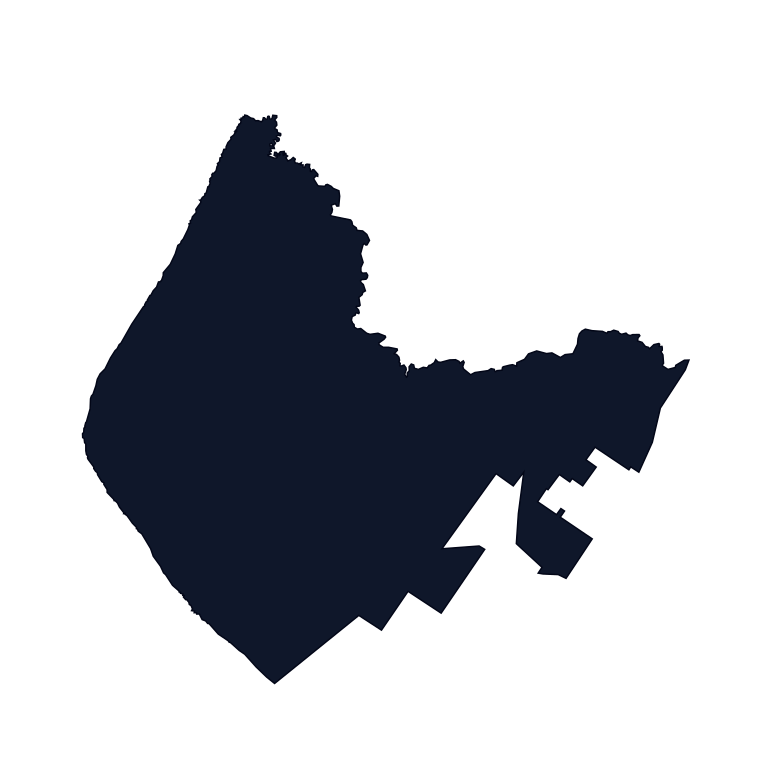 Punta Indio, Buenos Aires, Argentina (Robinson projection), rotated 173°
{"feature_id": "61730980B33989982283720", "entity_name": "Punta Indio", "entity_type": "district", "adm_level": 2, "iso_a3": "ARG", "parent_name": "Argentina", "parent_adm1": "Buenos Aires", "projection": "robinson", "projection_center": [-57.315, -35.457], "detail": "fine", "context": "isolated", "style": "filled", "palette": "ink", "viewbox_px": 768, "rotation_deg": 173, "n_neighbors": 0, "source": "geoboundaries", "source_scale": "gbopen_adm2", "svg_char_len": 6166}
<svg xmlns="http://www.w3.org/2000/svg" viewBox="0 0 768 768"><g transform="rotate(173 384 384)"><path d="M489.4,667.9L490.0,666.1L491.2,666.6L491.8,665.4L493.5,665.2L493.4,664.1L494.8,664.1L493.8,662.5L494.6,660.2L496.5,659.4L496.4,658.6L498.6,656.7L498.4,655.8L500.0,654.1L499.5,653.2L500.8,653.2L500.5,652.2L501.4,652.3L501.1,651.6L502.8,649.4L506.0,647.5L506.0,645.5L509.5,642.6L511.8,638.7L512.1,636.4L514.4,636.4L516.1,632.5L517.4,631.7L517.0,629.0L519.2,628.4L520.1,624.7L522.5,623.0L521.9,621.3L523.1,620.5L524.6,616.2L527.0,614.0L528.4,614.0L529.5,612.5L529.0,611.2L531.9,608.7L531.5,607.4L532.4,606.6L532.1,604.3L533.9,601.3L534.8,601.2L537.2,595.2L538.5,594.8L539.0,592.7L541.5,591.4L543.5,588.9L544.4,588.9L543.5,587.8L543.8,586.3L549.5,580.2L549.4,577.1L553.8,573.3L555.0,570.3L556.4,569.7L556.5,567.1L558.0,566.9L557.9,565.2L559.9,561.1L565.6,552.4L567.9,550.3L568.7,548.3L571.7,546.7L575.4,538.5L581.6,528.8L589.5,521.4L589.9,518.5L592.2,513.9L594.0,512.7L595.4,512.8L597.9,507.9L601.6,504.8L604.6,500.5L605.5,500.4L608.7,496.1L608.3,495.3L610.1,494.5L611.8,492.0L612.1,490.4L613.2,490.2L627.0,474.2L640.0,456.7L642.1,455.3L644.5,451.6L646.9,449.8L652.3,443.2L659.0,433.0L664.5,428.7L668.0,423.6L670.2,417.3L674.1,409.3L675.9,407.7L677.1,405.1L678.7,395.2L684.0,382.6L684.8,382.0L686.1,378.6L685.7,378.0L687.2,376.7L687.9,372.7L689.3,371.4L689.6,367.5L688.3,366.6L688.3,362.3L687.3,360.7L688.1,354.0L687.9,350.3L686.7,348.4L687.3,346.9L686.9,345.4L682.1,336.9L682.4,335.5L680.9,332.5L679.4,331.0L679.3,328.8L676.0,321.5L674.0,320.0L674.3,318.5L671.7,313.0L672.0,310.1L666.5,302.8L666.0,301.0L665.0,300.9L663.0,298.3L661.6,294.1L657.9,287.9L658.2,287.1L656.6,287.1L656.9,286.3L655.1,284.7L650.6,276.4L647.2,272.0L647.4,270.6L646.5,270.2L645.8,267.8L642.7,264.9L635.7,249.1L634.0,241.1L628.0,230.3L625.8,223.4L624.0,221.4L618.4,209.9L612.8,203.7L612.6,202.4L611.4,202.2L611.5,201.1L609.1,200.0L609.5,198.7L608.1,198.3L609.0,196.9L607.1,194.1L606.1,194.0L604.3,191.2L604.1,188.9L602.5,187.7L601.5,184.1L602.6,182.5L599.7,181.7L600.3,180.1L598.0,179.8L598.0,178.5L595.3,178.2L593.2,172.3L589.9,170.6L588.2,167.8L586.9,167.6L578.9,155.9L569.9,148.1L569.1,146.5L568.2,146.4L560.1,137.1L555.2,132.8L545.3,118.6L536.1,107.3L529.1,100.1L437.2,157.4L416.5,140.0L385.4,175.3L355.2,149.6L304.2,207.6L309.3,211.6L346.6,213.4L283.7,281.4L268.1,267.1L256.0,279.5L266.4,239.1L272.1,209.4L249.5,182.8L254.0,177.5L249.4,176.1L234.3,173.6L227.0,168.9L196.2,204.9L225.3,230.3L220.3,235.9L223.6,238.8L228.7,233.3L245.9,248.4L235.6,260.3L234.1,259.1L221.0,272.8L211.5,264.2L208.7,267.2L199.2,258.7L183.5,275.7L192.8,284.2L182.2,295.6L151.4,269.0L149.2,271.7L141.8,265.4L124.8,293.4L112.6,326.5L83.2,361.4L78.4,370.6L83.0,371.0L92.1,367.0L92.9,364.9L100.4,363.9L105.3,368.0L105.2,369.2L104.0,370.5L103.6,378.9L105.2,382.4L103.7,383.6L103.4,386.0L103.5,387.4L106.4,387.7L105.6,389.9L106.2,390.7L111.3,390.2L116.1,386.6L117.1,388.2L120.0,389.4L122.8,393.9L127.1,395.9L126.2,398.9L124.2,400.7L124.8,402.0L131.1,402.7L133.8,402.1L136.0,403.1L137.6,405.0L142.1,404.4L144.3,405.7L145.2,407.6L149.4,409.4L152.8,408.3L155.3,408.6L156.7,407.2L160.7,409.6L171.1,411.6L177.5,413.9L181.2,412.4L183.9,410.0L185.9,405.5L187.1,399.9L192.8,391.0L200.7,391.1L205.7,388.8L213.5,394.4L219.0,394.4L228.4,398.2L236.9,396.3L241.5,391.4L249.5,388.9L250.2,385.5L254.0,387.5L256.9,387.4L263.4,386.6L264.3,386.1L265.2,383.3L270.3,383.5L271.6,382.6L272.3,382.8L272.8,385.1L275.8,386.2L279.0,384.6L292.4,384.3L296.9,382.6L303.2,389.2L303.7,391.7L301.8,395.7L302.5,397.3L306.1,395.4L306.8,397.3L310.0,399.4L316.0,399.9L325.1,398.6L327.7,399.3L329.7,401.9L331.5,399.1L335.5,397.0L337.0,397.0L339.2,394.7L343.0,395.8L348.1,394.3L351.9,395.9L352.2,399.3L354.5,400.5L357.0,398.0L357.3,394.1L359.6,392.1L359.9,388.6L360.9,388.0L362.3,391.1L360.2,395.4L360.2,397.4L361.9,400.4L364.8,399.7L366.0,400.2L365.4,402.4L366.4,404.1L365.7,405.7L365.9,408.8L367.9,411.7L370.2,412.8L366.6,415.9L366.7,417.2L375.0,419.9L380.3,420.5L384.0,423.5L384.2,425.3L378.5,428.4L376.7,430.2L376.9,431.4L383.8,435.1L391.8,435.0L395.0,436.5L400.3,441.9L403.7,441.8L406.5,443.9L406.5,446.7L407.7,448.1L408.6,451.3L407.4,454.8L404.2,455.9L403.5,457.6L402.6,458.0L400.5,457.0L399.9,457.8L400.2,460.4L402.3,463.7L401.8,464.4L399.1,464.3L398.1,465.1L398.4,473.0L394.8,475.3L393.9,477.5L391.1,478.7L392.4,485.2L394.5,487.6L394.8,489.2L393.6,490.3L389.1,490.2L387.6,491.6L386.9,493.9L388.0,496.4L391.9,496.6L393.2,498.5L392.7,502.5L389.9,507.2L391.4,516.1L387.9,524.6L386.6,525.9L385.0,524.1L383.9,524.2L380.9,528.3L382.8,534.5L386.5,538.5L392.1,539.8L392.5,542.4L395.8,545.4L396.1,549.0L397.2,550.9L416.1,557.3L416.6,558.5L414.8,560.7L413.9,563.5L414.6,567.9L410.3,568.9L409.1,566.3L407.2,566.2L405.1,575.8L405.2,581.3L410.5,584.3L412.3,586.6L415.8,589.0L417.4,588.8L418.6,587.4L425.0,588.6L425.8,589.6L428.9,596.4L426.2,598.9L424.5,598.2L424.1,600.2L427.6,605.4L429.0,605.3L429.9,603.7L431.1,604.0L431.0,606.4L431.7,607.9L431.0,611.0L433.7,611.6L435.1,611.2L436.4,608.6L438.0,609.3L437.6,611.3L440.0,611.7L439.1,613.6L441.8,612.7L442.8,613.7L445.1,614.2L445.8,616.8L444.8,617.4L444.8,618.3L446.5,619.9L449.1,618.0L452.2,617.1L453.9,620.6L451.9,622.0L453.4,623.4L453.3,624.8L454.2,625.2L455.1,623.3L456.1,623.1L456.2,624.9L454.8,625.8L454.7,627.0L458.6,627.1L460.3,625.6L459.3,624.3L460.3,623.5L462.7,627.0L464.3,627.3L465.2,624.3L463.5,623.2L462.3,624.0L462.0,623.1L462.5,621.7L463.5,621.5L465.3,621.5L471.3,624.8L471.3,625.7L468.2,626.1L469.4,627.8L469.3,628.8L467.6,628.8L467.9,631.7L464.1,631.1L464.3,632.9L465.3,633.9L468.3,634.3L468.2,636.0L466.3,636.7L465.1,634.5L463.8,634.5L462.4,636.3L464.0,639.8L461.8,640.1L460.8,637.7L459.0,638.0L458.2,639.0L458.2,640.6L460.5,642.1L460.5,643.2L459.0,643.8L456.7,643.0L456.1,643.7L456.1,645.2L459.0,646.5L459.2,649.4L461.0,650.5L461.2,651.7L458.8,654.0L458.8,657.0L460.4,659.4L457.9,661.7L457.8,663.4L461.6,664.3L462.8,661.2L463.9,660.6L465.0,661.0L465.3,663.6L465.9,663.9L466.8,663.7L467.7,661.1L469.0,661.1L470.2,662.8L471.3,663.0L472.4,660.2L473.8,659.2L476.9,660.8L479.4,660.9L481.1,663.3L483.9,664.3L487.2,667.1L489.4,667.9Z" fill="#0f172a" stroke="#020617" stroke-width="1.5"/></g></svg>